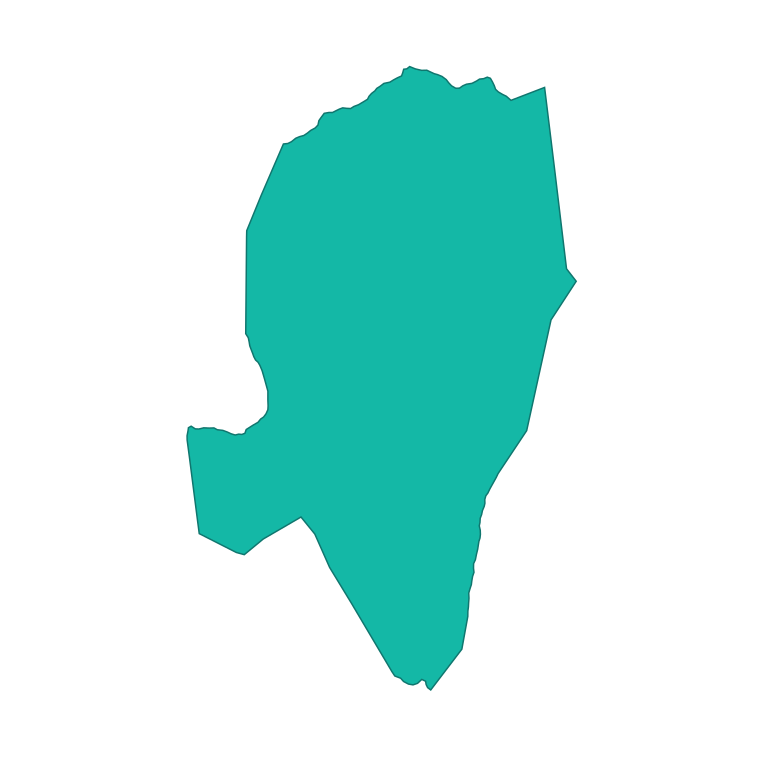 Ourolândia, Bahia, Brazil, rotated 261°
{"feature_id": "56859067B69370419273118", "entity_name": "Ourolândia", "entity_type": "district", "adm_level": 2, "iso_a3": "BRA", "parent_name": "Brazil", "parent_adm1": "Bahia", "projection": "orthographic", "projection_center": [-41.124, -10.833], "detail": "fine", "context": "isolated", "style": "filled", "palette": "teal", "viewbox_px": 768, "rotation_deg": 261, "n_neighbors": 0, "source": "geoboundaries", "source_scale": "gbopen_adm2", "svg_char_len": 2259}
<svg xmlns="http://www.w3.org/2000/svg" viewBox="0 0 768 768"><g transform="rotate(261 384 384)"><path d="M636.8,322.2L589.5,292.2L556.9,272.4L550.9,271.3L455.3,255.3L450.9,257.2L446.6,257.4L442.7,257.4L438.8,258.2L434.6,259.1L431.3,259.7L427.8,260.9L425.2,263.0L421.9,264.3L416.2,265.7L407.6,266.8L395.0,268.2L386.3,266.8L380.5,266.1L376.8,265.3L373.0,262.8L370.2,259.9L368.7,256.7L365.9,253.6L363.9,248.4L360.6,240.8L357.1,238.9L356.4,235.7L357.2,232.7L356.9,229.0L358.8,225.1L361.1,221.7L363.4,217.6L364.9,212.2L367.2,209.2L367.8,204.5L368.9,199.1L368.5,194.1L369.2,190.6L372.5,186.9L371.4,184.0L368.4,183.1L363.7,181.4L359.5,180.8L343.3,180.4L282.8,178.6L265.1,178.1L240.7,211.8L237.3,219.3L243.3,229.5L246.3,234.6L249.8,240.5L265.6,281.2L246.6,292.2L225.6,297.8L211.3,301.6L172.4,317.6L98.5,346.9L93.9,349.0L90.8,354.4L87.1,356.8L83.8,361.2L82.3,365.6L83.1,370.3L86.3,375.1L83.9,378.6L80.6,378.6L77.3,379.6L74.5,382.3L109.9,419.4L141.3,430.4L146.5,431.3L150.6,432.5L154.4,433.3L159.0,434.4L164.3,435.0L168.5,437.0L172.2,438.9L175.7,439.9L180.1,441.4L183.9,443.4L188.1,443.6L192.6,444.4L196.2,446.8L201.4,448.7L206.2,450.7L210.3,452.0L213.7,453.1L216.8,454.7L220.4,455.7L224.5,456.2L229.0,455.9L232.1,457.1L236.3,458.0L239.8,460.0L243.5,461.4L247.4,463.8L250.4,465.0L254.2,465.5L257.7,467.1L260.0,469.5L263.9,472.2L274.1,480.2L277.6,482.6L315.6,517.6L421.2,559.0L455.4,589.9L469.2,582.3L569.8,586.1L651.8,589.0L644.3,553.8L649.1,549.8L651.4,546.5L654.6,542.6L657.6,540.3L661.4,539.6L665.4,538.4L669.3,536.9L670.9,534.0L670.0,530.2L670.2,526.0L668.8,522.9L667.2,518.0L667.2,512.3L666.2,508.5L664.4,504.8L664.9,501.1L667.9,497.4L671.4,495.0L674.9,493.1L678.7,489.4L681.2,485.3L682.6,482.2L685.0,478.6L687.2,475.4L687.9,470.2L690.3,464.3L693.5,459.0L691.7,455.8L691.8,452.7L688.5,451.2L685.5,449.5L684.3,445.1L682.9,441.1L681.2,437.0L680.9,430.9L678.7,426.8L677.1,423.1L674.9,420.8L672.9,417.1L670.5,414.2L667.8,412.3L666.0,408.0L663.8,402.4L662.8,397.6L661.3,394.2L662.1,390.3L663.2,386.4L662.5,382.9L661.4,379.3L660.2,375.6L660.8,372.2L660.7,367.3L656.8,363.3L654.3,360.9L650.1,359.3L647.6,356.0L645.9,351.2L643.8,347.6L642.0,343.7L641.5,339.2L640.5,335.2L637.8,330.5L636.6,326.7L636.8,322.2Z" fill="#14b8a6" stroke="#0f766e" stroke-width="1.5"/></g></svg>